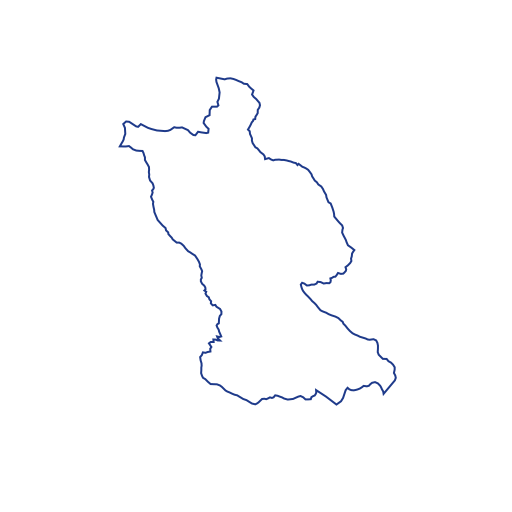 the district of Condeúba, Bahia, Brazil, rotated 129°
{"feature_id": "56859067B15053950259209", "entity_name": "Condeúba", "entity_type": "district", "adm_level": 2, "iso_a3": "BRA", "parent_name": "Brazil", "parent_adm1": "Bahia", "projection": "equal_earth", "projection_center": [-42.052, -14.924], "detail": "fine", "context": "isolated", "style": "outline", "palette": "blue", "viewbox_px": 512, "rotation_deg": 129, "n_neighbors": 0, "source": "geoboundaries", "source_scale": "gbopen_adm2", "svg_char_len": 5364}
<svg xmlns="http://www.w3.org/2000/svg" viewBox="0 0 512 512"><g transform="rotate(129 256 256)"><path d="M332.8,123.3L330.8,124.1L328.9,123.4L327.5,122.6L326.0,122.7L324.2,123.2L322.4,124.9L321.2,113.1L320.8,100.0L315.4,98.5L311.5,99.0L303.8,101.9L300.8,101.9L300.9,99.6L300.3,97.6L298.9,95.5L297.2,94.1L295.8,93.1L293.7,91.9L291.4,91.1L289.2,90.6L287.5,87.8L285.8,86.6L283.8,86.5L281.5,86.0L279.1,84.1L278.3,81.1L278.7,77.8L279.4,76.0L280.3,74.3L281.2,71.9L282.8,70.1L265.3,69.8L262.7,70.7L261.2,72.6L260.1,75.2L257.1,76.7L255.2,78.2L254.2,81.1L253.9,84.0L254.4,86.8L253.8,89.7L256.1,92.7L255.8,95.7L255.5,98.5L254.1,100.9L251.3,102.9L248.9,104.8L247.1,107.0L246.0,109.5L246.7,112.3L248.3,113.8L249.6,115.0L250.6,116.7L251.1,118.8L252.3,121.8L253.4,124.5L253.9,127.0L254.8,129.8L255.3,132.4L255.2,135.8L254.7,139.2L253.9,142.7L253.6,145.5L252.6,147.2L252.7,149.6L252.4,152.9L253.1,156.1L253.9,158.2L254.6,160.0L255.5,163.0L255.9,165.7L256.6,167.8L257.2,169.7L257.6,171.8L256.8,175.8L256.1,178.5L255.8,181.0L255.7,184.1L255.2,186.4L254.7,190.1L254.5,192.6L254.1,195.1L253.5,197.5L252.7,199.3L251.5,201.2L250.0,203.2L247.8,203.3L247.0,201.0L246.9,197.9L245.3,196.2L243.3,194.9L241.5,192.7L239.3,191.6L237.2,191.9L235.6,189.4L234.8,186.1L232.7,184.2L231.0,181.9L229.4,181.7L227.8,182.6L226.6,184.1L225.0,183.1L223.4,182.6L222.1,181.3L220.0,181.3L217.6,181.6L216.5,178.8L214.8,177.1L213.3,176.9L211.1,176.8L209.6,177.5L208.4,179.4L205.4,178.7L202.2,178.4L199.9,178.7L198.2,180.5L196.1,181.3L193.6,182.9L191.4,183.2L189.5,183.3L189.5,187.2L189.8,191.3L188.2,194.4L187.1,196.1L186.2,198.1L185.2,200.5L183.6,203.8L181.1,205.4L179.5,206.0L178.0,208.3L177.7,211.4L177.4,213.4L176.9,216.1L176.1,220.0L174.1,221.9L172.7,223.6L170.4,227.1L168.2,231.0L168.6,233.5L166.1,238.1L164.4,240.0L163.0,243.8L161.8,246.1L160.9,249.0L161.2,252.6L160.4,255.1L160.4,257.8L159.6,260.0L158.8,262.5L157.6,264.2L156.8,267.1L156.2,269.7L156.4,272.0L156.8,274.0L157.5,276.2L157.5,278.5L157.6,280.9L159.2,281.0L158.7,283.5L159.8,285.6L160.7,288.5L161.6,290.3L162.4,292.2L163.8,294.8L165.4,296.8L166.5,298.7L169.2,301.7L170.8,302.8L171.5,304.9L171.8,307.6L173.6,308.9L175.0,309.9L173.1,311.9L172.4,314.1L172.5,318.0L172.0,320.1L171.5,322.7L171.9,324.9L171.1,327.3L170.4,329.6L168.9,331.8L167.1,333.2L166.2,334.9L164.9,337.5L163.0,339.4L162.8,341.8L160.8,342.1L158.9,342.4L157.0,342.8L154.8,343.4L153.0,343.3L151.5,343.9L150.1,342.8L148.1,344.1L145.9,344.3L143.9,344.6L141.3,346.6L138.6,346.8L136.3,347.8L134.8,349.7L134.4,352.0L133.9,354.6L133.8,357.9L133.0,360.7L130.8,361.4L128.9,362.1L128.9,365.0L128.7,367.9L127.9,371.0L129.8,373.9L130.0,376.5L131.0,379.6L131.7,382.3L132.6,384.9L134.0,387.7L136.3,390.1L138.4,391.5L142.3,398.9L144.0,398.0L145.6,396.3L149.1,390.5L151.8,387.2L157.1,383.8L160.5,383.0L162.6,380.0L164.5,380.3L167.7,384.2L171.7,383.8L175.8,380.7L179.9,382.6L183.9,381.4L185.6,380.4L186.8,375.9L187.0,372.9L190.2,370.8L191.7,371.9L194.3,376.2L195.9,379.2L200.3,379.1L201.4,380.8L201.6,384.8L201.0,388.1L202.6,394.4L204.6,396.3L206.4,398.6L207.4,400.6L211.9,401.9L214.1,403.2L216.2,405.3L220.8,412.0L223.1,417.1L224.4,420.6L226.0,428.5L229.8,428.9L230.7,430.7L231.5,439.0L233.2,441.6L237.0,442.2L238.9,438.5L243.4,434.4L245.2,433.8L247.0,433.2L248.7,432.2L250.7,431.7L252.9,431.4L256.5,430.8L254.4,428.1L252.6,425.9L250.5,423.9L250.4,421.5L250.5,418.8L249.4,415.4L247.6,412.7L245.8,410.3L246.8,408.2L248.2,406.2L249.2,404.4L251.3,402.7L252.3,400.1L253.1,397.8L254.2,395.2L256.2,393.4L258.3,392.0L259.8,390.3L261.9,388.9L264.0,385.8L264.6,382.1L265.8,380.1L267.3,378.3L268.7,377.9L270.5,378.0L271.7,376.3L273.7,375.5L276.0,374.9L277.5,372.2L278.5,369.9L280.3,368.9L282.3,366.6L284.2,364.2L285.8,362.7L287.1,360.3L288.6,357.5L289.9,355.1L290.4,352.0L291.1,347.7L291.2,343.9L292.7,342.0L292.9,339.1L294.1,337.9L294.5,335.5L294.8,333.0L295.5,331.2L295.5,328.7L295.5,326.1L293.9,324.1L293.4,321.8L293.6,318.6L294.4,315.7L295.0,311.7L294.6,309.5L294.4,306.8L294.0,303.7L294.6,301.7L295.3,299.5L296.4,296.7L297.8,294.3L299.4,293.2L300.8,289.9L301.7,288.3L303.7,287.3L305.5,286.3L307.1,284.4L308.9,284.1L310.4,282.9L311.5,280.3L311.6,277.6L312.3,275.7L313.6,274.3L315.3,274.4L315.1,272.2L317.0,271.6L318.0,269.0L317.8,266.7L319.0,264.9L319.4,262.4L321.2,261.3L321.6,258.6L319.6,256.8L320.3,254.8L319.8,250.6L320.9,247.9L323.0,246.3L325.3,246.4L327.9,245.3L330.1,243.7L331.8,242.5L333.2,243.1L334.8,242.9L335.9,241.0L336.7,238.7L338.0,237.0L338.9,235.2L340.4,232.4L342.0,233.5L343.0,235.6L344.0,233.9L344.3,230.7L345.8,232.7L346.4,234.8L347.7,236.6L349.5,234.8L351.4,237.1L353.5,237.6L354.8,233.4L356.9,233.2L358.9,231.3L361.1,233.2L363.0,234.3L364.3,236.6L367.2,235.7L369.7,235.8L371.9,233.4L373.7,230.8L375.5,229.2L377.1,228.3L379.2,226.6L381.6,224.9L383.1,222.5L384.0,220.5L383.6,217.9L384.0,214.3L384.1,210.7L382.4,208.4L380.3,205.6L379.3,202.6L379.2,200.2L379.4,198.1L379.7,195.1L379.4,193.0L378.7,190.8L378.0,187.8L377.3,185.4L376.1,182.9L375.8,180.4L375.5,178.4L375.2,176.0L374.0,172.7L373.6,169.4L373.2,166.3L371.7,163.2L369.7,162.3L368.1,161.9L365.6,161.6L363.3,161.3L361.7,159.7L360.8,157.9L358.8,156.9L357.1,156.2L356.3,154.3L354.8,153.4L352.2,153.4L351.0,151.2L350.3,149.0L349.5,146.8L349.1,144.5L347.6,141.0L346.1,139.5L343.7,137.2L340.9,135.8L338.6,134.6L336.8,133.3L336.1,130.4L336.3,127.3L334.6,125.2L332.8,123.3Z" fill="none" stroke="#1e3a8a" stroke-width="2"/></g></svg>